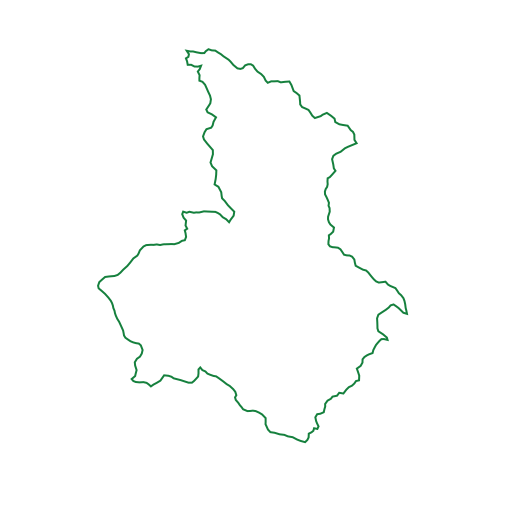 the district of Paraguaçu Paulista, São Paulo, Brazil, rotated 119°
{"feature_id": "56859067B14677610330321", "entity_name": "Paraguaçu Paulista", "entity_type": "district", "adm_level": 2, "iso_a3": "BRA", "parent_name": "Brazil", "parent_adm1": "São Paulo", "projection": "robinson", "projection_center": [-50.638, -22.465], "detail": "fine", "context": "isolated", "style": "outline", "palette": "green", "viewbox_px": 512, "rotation_deg": 119, "n_neighbors": 0, "source": "geoboundaries", "source_scale": "gbopen_adm2", "svg_char_len": 4937}
<svg xmlns="http://www.w3.org/2000/svg" viewBox="0 0 512 512"><g transform="rotate(119 256 256)"><path d="M397.8,250.6L395.3,249.6L392.1,248.8L389.5,248.2L386.7,249.3L383.1,251.3L380.5,250.7L381.8,247.6L381.5,244.3L382.4,241.5L382.1,238.6L381.5,235.0L380.6,232.5L380.9,229.2L381.6,223.7L382.3,219.5L382.4,216.0L383.5,211.4L384.8,208.3L387.3,205.7L389.8,205.8L391.7,203.9L393.0,200.3L394.3,197.8L395.2,195.3L396.3,193.0L395.8,188.3L394.2,185.7L392.8,183.8L391.8,181.1L391.5,177.5L391.6,173.9L393.1,169.0L396.5,167.1L398.5,166.1L400.2,163.8L402.0,161.4L403.1,158.0L401.6,154.1L400.5,148.9L398.7,144.5L398.3,140.7L396.7,136.1L396.6,131.0L396.1,127.3L395.0,122.8L392.0,121.9L389.2,122.0L385.8,123.7L383.3,122.0L381.1,121.1L378.5,121.7L377.5,118.5L374.7,118.7L372.7,121.6L371.1,123.5L368.3,125.9L364.7,125.8L362.8,123.3L359.8,121.0L356.8,121.9L354.1,122.5L351.9,123.8L347.8,123.3L344.6,121.3L341.9,120.9L338.9,117.4L335.3,116.9L333.9,112.9L329.1,112.2L325.7,111.2L322.9,109.2L319.9,108.2L316.9,107.9L314.8,105.6L310.6,107.7L308.0,110.5L305.6,113.2L301.4,111.2L297.6,111.2L294.7,112.7L291.8,112.2L289.1,110.8L287.1,109.4L284.4,107.0L281.3,107.8L278.2,107.9L275.6,107.9L273.4,107.5L270.2,106.8L267.9,106.0L266.6,103.8L265.6,100.3L263.9,102.0L262.9,107.0L262.5,112.5L260.4,114.7L258.3,115.9L255.3,117.7L251.8,119.9L248.0,120.5L244.5,118.7L240.2,116.4L236.7,114.9L233.9,114.3L231.7,112.2L232.0,109.0L232.4,106.1L233.3,102.8L234.2,99.6L233.4,95.9L230.8,98.1L228.9,99.9L225.9,102.1L223.4,104.3L221.4,106.6L219.9,110.1L219.3,113.0L217.9,115.6L216.5,118.5L216.8,121.4L217.1,124.1L217.0,126.7L215.7,130.3L217.6,132.8L219.7,135.7L220.0,138.6L219.3,141.5L218.4,144.0L217.2,147.0L216.0,149.8L215.3,152.7L216.1,155.8L216.2,160.5L216.2,164.1L213.9,166.3L211.4,168.3L210.0,171.6L210.2,174.4L211.4,176.8L212.2,179.6L210.6,182.6L209.2,185.4L209.0,188.3L210.1,191.0L211.2,193.4L211.7,196.0L210.6,198.4L207.8,199.8L205.1,200.7L202.6,202.3L200.6,201.3L197.3,200.3L193.3,201.6L192.4,206.2L191.1,208.6L189.0,210.8L186.7,212.0L181.5,213.0L178.4,214.9L176.9,216.9L174.1,218.0L172.1,220.5L170.4,222.8L168.6,225.5L166.2,227.0L163.6,227.5L161.1,227.3L158.5,228.1L156.2,229.6L153.3,231.0L151.3,229.7L148.1,228.9L143.0,227.8L141.6,230.4L138.6,232.7L134.4,236.4L130.8,236.9L127.7,235.5L123.8,232.5L118.6,230.4L115.9,228.5L113.5,226.6L111.0,224.6L108.6,222.7L106.7,226.2L102.1,228.9L100.4,231.4L100.0,234.1L97.6,239.0L99.3,243.6L100.4,247.0L100.4,251.6L97.8,253.9L97.0,258.2L96.5,263.4L100.1,266.2L102.3,267.2L106.8,271.4L106.0,274.8L104.1,278.2L102.8,280.9L103.0,283.9L103.4,287.9L102.0,290.8L99.6,292.3L94.6,295.8L93.8,299.6L93.5,303.0L89.3,307.9L87.2,311.4L89.6,315.1L92.1,318.5L92.5,321.7L94.0,324.1L95.9,327.4L98.8,329.7L97.9,332.6L95.5,336.0L94.4,339.6L94.0,344.1L92.7,347.6L90.9,350.8L90.8,353.5L92.1,355.8L94.5,357.9L98.1,358.6L99.9,360.3L100.9,363.2L99.9,368.4L98.3,372.6L97.6,375.1L97.1,381.3L96.5,384.5L96.4,387.8L96.1,391.2L97.6,394.4L98.2,397.8L101.2,399.2L103.6,399.6L105.3,402.6L106.7,406.8L107.6,410.1L108.9,412.5L110.1,416.1L112.0,412.5L114.6,411.7L117.1,413.1L119.1,410.7L121.9,408.4L120.2,405.4L120.1,401.7L118.5,398.6L116.2,396.3L119.8,395.8L122.9,396.3L125.2,393.0L127.8,391.8L130.1,390.5L129.6,387.3L130.9,383.6L132.3,381.7L135.5,377.5L138.0,374.0L140.8,371.4L144.6,370.0L146.9,370.1L152.0,370.5L153.8,368.0L153.5,363.3L154.1,358.2L159.2,358.2L162.9,357.2L165.5,357.4L169.1,360.8L172.6,361.0L177.1,360.3L179.3,358.0L181.3,353.3L184.3,345.1L187.9,343.0L196.3,341.1L198.8,337.9L200.3,332.2L204.3,330.2L208.2,328.6L213.5,326.9L213.7,322.4L217.1,317.3L220.2,315.1L222.0,313.6L223.0,310.1L225.2,305.2L226.4,301.3L227.8,296.5L231.6,295.1L236.5,295.8L239.5,295.9L238.3,299.9L238.2,303.9L237.0,307.7L236.9,310.3L237.1,312.9L239.0,316.7L242.2,323.2L245.5,326.8L246.9,329.5L248.3,331.3L249.6,335.7L251.8,337.6L252.5,341.2L255.2,340.8L257.6,337.9L258.9,334.3L263.5,332.4L265.5,329.4L268.1,330.7L270.2,328.7L273.2,326.4L276.7,325.9L278.6,328.1L282.0,329.9L285.3,333.2L286.5,335.7L288.1,338.3L290.7,342.7L292.9,345.2L294.0,348.4L295.8,350.8L297.3,353.6L299.7,357.3L302.2,359.0L307.3,360.3L310.9,359.9L313.2,360.0L317.6,362.1L322.4,362.8L327.1,363.7L332.3,365.5L336.3,366.5L339.6,367.8L342.1,370.1L345.2,374.7L347.5,377.8L350.7,379.0L354.8,380.4L358.6,379.7L360.6,377.9L361.4,373.7L362.3,369.7L364.0,364.8L365.6,361.2L367.0,359.1L368.8,357.1L370.6,355.6L372.5,353.2L374.4,351.6L376.2,349.6L378.2,346.9L379.9,343.8L382.1,340.8L385.6,336.1L387.5,334.5L389.5,332.9L390.8,330.6L391.1,327.8L391.4,324.5L391.1,321.6L390.4,318.7L389.4,316.0L390.0,313.4L393.2,309.6L396.7,308.6L400.3,308.7L403.6,310.3L407.7,310.5L410.4,308.6L413.7,305.1L417.2,304.2L419.6,303.5L423.9,305.1L424.8,302.7L424.5,300.1L423.0,296.6L420.9,293.3L420.0,290.2L420.3,287.6L421.0,284.7L418.1,283.3L415.2,281.4L411.4,279.2L407.6,278.8L404.9,278.5L403.2,274.5L402.6,271.4L402.9,268.7L402.1,265.6L401.1,261.8L400.5,258.7L399.5,253.6L397.8,250.6Z" fill="none" stroke="#15803d" stroke-width="2"/></g></svg>